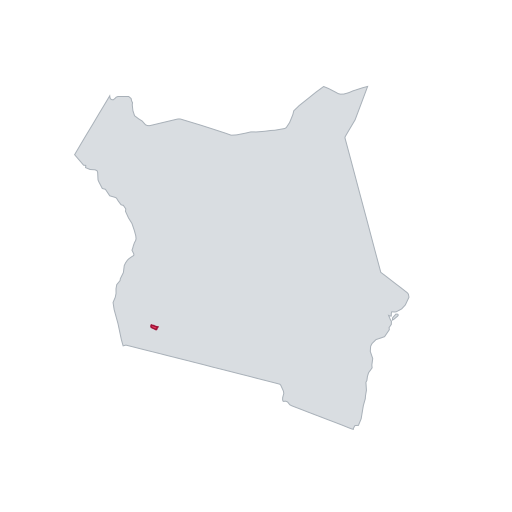 Nyaribari Chache, Nyanza, Kenya shown in context, rotated 345°
{"feature_id": "3690345B1553189525138", "entity_name": "Nyaribari Chache", "entity_type": "district", "adm_level": 2, "iso_a3": "KEN", "parent_name": "Kenya", "parent_adm1": "Nyanza", "projection": "albers", "projection_center": [34.834, -0.737], "detail": "fine", "context": "in_parent", "style": "filled", "palette": "rose", "viewbox_px": 512, "rotation_deg": 345, "n_neighbors": 0, "source": "geoboundaries", "source_scale": "gbopen_adm2", "svg_char_len": 3981}
<svg xmlns="http://www.w3.org/2000/svg" viewBox="0 0 512 512"><g transform="rotate(345 256 256)"><path d="M104.4,308.4L104.3,302.0L105.2,285.6L105.1,271.1L105.9,263.9L109.4,259.4L111.1,256.0L112.3,251.4L114.1,247.6L118.4,244.5L119.1,242.8L123.6,237.7L126.3,231.1L128.3,228.8L130.8,226.7L132.6,225.7L135.6,224.6L137.9,223.9L138.3,223.4L138.5,222.3L137.7,218.3L138.7,216.9L140.3,214.2L142.1,211.6L143.7,210.0L144.6,208.3L145.1,205.5L145.1,203.4L145.1,200.1L144.6,192.5L142.7,186.2L141.5,179.1L142.4,176.8L140.9,172.6L140.1,172.4L138.9,171.5L137.3,167.6L136.2,164.0L135.4,163.1L130.3,160.0L127.8,152.6L125.0,151.0L123.4,143.7L123.1,141.6L124.7,134.3L124.6,132.6L122.9,131.1L118.1,129.5L114.2,126.5L114.7,125.5L115.0,124.4L113.0,123.7L107.0,111.2L114.6,103.7L122.4,96.1L132.3,86.6L141.3,77.8L149.2,70.2L156.2,63.4L156.0,64.7L156.0,66.4L156.9,67.5L158.4,68.2L160.4,67.4L162.1,66.4L163.8,66.2L174.3,69.0L176.1,71.5L176.0,74.1L176.4,76.0L175.6,77.9L174.7,83.8L175.0,89.1L178.1,93.1L181.0,96.2L183.2,100.6L184.8,101.9L187.1,102.6L194.3,102.8L205.0,103.1L215.3,103.4L216.3,103.5L218.4,104.1L227.9,110.0L236.6,115.4L243.9,120.1L251.0,124.7L257.9,129.2L263.3,132.9L268.6,134.0L277.2,134.6L283.1,134.8L288.6,136.3L296.8,137.8L302.9,138.6L306.6,139.4L316.8,140.3L318.5,139.8L323.0,135.8L328.1,129.1L330.1,125.5L336.6,121.9L348.1,116.9L356.2,113.3L365.2,109.8L369.3,112.9L374.9,118.0L377.4,120.4L379.4,121.5L382.5,122.3L386.2,122.3L388.3,122.2L392.4,121.6L402.2,121.1L407.7,121.1L403.0,127.7L397.3,135.7L386.9,150.2L379.0,157.9L373.1,163.7L372.5,164.8L372.5,171.3L372.5,187.2L372.4,219.0L372.4,250.9L372.3,282.7L372.3,298.7L372.3,304.1L377.5,310.8L382.5,317.4L389.2,326.1L392.7,330.8L393.3,332.3L393.1,335.4L387.6,341.9L383.0,344.8L376.9,346.2L375.1,345.9L372.7,345.0L371.8,346.5L371.1,349.0L369.7,348.5L368.7,347.7L369.3,352.1L369.9,354.2L369.0,357.1L366.0,359.6L365.7,361.7L359.3,367.2L350.3,367.8L345.5,370.5L343.4,372.8L341.7,377.7L342.2,385.3L339.7,391.2L339.2,394.1L334.5,397.9L332.4,401.3L330.9,404.9L329.5,406.4L327.9,414.3L325.7,419.1L325.1,420.7L324.6,422.2L322.9,425.0L321.8,426.9L321.0,428.2L315.4,440.5L311.1,446.1L307.7,445.4L305.5,447.6L305.2,448.6L304.0,448.0L301.2,446.0L295.5,441.7L289.7,437.5L283.9,433.3L278.1,429.1L272.3,424.9L266.5,420.7L260.8,416.5L255.0,412.3L251.6,409.8L250.1,408.4L248.9,405.5L248.3,404.8L246.8,403.8L245.0,403.6L244.5,403.1L244.5,401.7L245.1,399.7L247.3,395.9L247.5,393.6L247.1,391.0L246.4,386.9L245.8,386.0L242.0,383.8L234.0,379.3L225.9,374.8L217.9,370.2L209.8,365.7L201.8,361.2L193.7,356.7L185.6,352.2L177.6,347.6L169.5,343.1L161.5,338.6L153.4,334.1L145.3,329.6L137.3,325.1L129.2,320.6L121.1,316.1L113.1,311.6L110.0,309.9L107.3,308.4L104.4,308.4ZM372.6,352.9L371.2,353.2L372.0,351.0L376.1,348.3L377.8,348.9L378.1,349.5L378.0,350.1L377.3,350.7L372.6,352.9Z" fill="#d9dde1" stroke="#a8b0b8" stroke-width="1"/><path d="M140.4,301.3L140.5,301.3L140.6,301.2L140.8,301.0L141.0,301.0L141.0,300.9L141.2,300.7L141.3,300.6L141.3,300.4L141.5,300.1L141.8,300.0L141.8,299.9L141.9,299.7L142.0,299.8L142.2,299.7L142.3,299.6L142.5,299.5L142.7,299.4L142.8,299.2L142.7,299.2L142.4,299.2L142.3,298.9L142.2,298.9L142.0,298.7L141.9,298.7L141.7,298.6L141.4,298.5L141.3,298.4L141.2,298.3L141.0,298.2L140.9,298.2L140.7,298.1L140.6,297.9L140.4,297.9L140.2,297.7L139.9,297.5L139.8,297.4L139.7,297.2L139.4,297.1L139.2,297.0L139.2,296.9L139.2,296.7L138.9,296.6L138.7,296.5L138.4,296.5L138.2,296.5L138.1,296.4L138.0,296.2L137.9,296.1L137.5,296.0L137.3,295.6L137.1,295.5L136.8,295.9L136.9,296.1L136.7,296.1L136.7,296.3L136.5,296.5L136.4,296.7L136.3,296.8L136.3,297.1L136.3,297.3L136.3,297.5L136.5,297.7L136.6,297.8L136.6,298.0L136.8,298.1L137.0,298.3L137.2,298.5L137.3,298.6L137.5,298.8L137.7,299.0L137.8,299.1L138.0,299.2L138.1,299.3L138.3,299.4L138.4,299.5L138.5,299.5L138.8,299.8L139.0,300.0L139.3,300.2L139.4,300.4L139.5,300.4L139.5,300.5L139.8,300.7L139.9,300.8L140.0,300.8L140.1,301.0L140.3,301.2L140.4,301.3Z" fill="#f43f5e" stroke="#9f1239" stroke-width="1.5"/></g></svg>